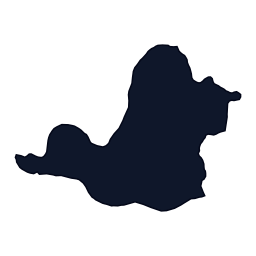 Esperantina, Tocantins, Brazil
{"feature_id": "56859067B95220244681893", "entity_name": "Esperantina", "entity_type": "district", "adm_level": 2, "iso_a3": "BRA", "parent_name": "Brazil", "parent_adm1": "Tocantins", "projection": "natural_earth1", "projection_center": [-48.538, -5.311], "detail": "fine", "context": "isolated", "style": "filled", "palette": "ink", "viewbox_px": 256, "rotation_deg": 0, "n_neighbors": 0, "source": "geoboundaries", "source_scale": "gbopen_adm2", "svg_char_len": 2328}
<svg xmlns="http://www.w3.org/2000/svg" viewBox="0 0 256 256"><path d="M204.7,195.7L203.1,192.2L200.7,186.1L201.4,183.0L201.9,180.4L203.9,179.2L205.6,176.3L205.6,173.3L205.3,171.1L204.2,169.5L203.9,166.9L203.8,164.0L202.6,160.3L201.1,157.8L199.2,156.0L198.2,153.6L199.4,150.8L199.2,148.0L199.7,146.0L200.6,143.7L202.3,141.6L203.4,139.6L205.0,137.7L205.8,135.2L207.9,134.1L210.9,134.4L213.7,134.9L216.0,134.1L218.1,132.9L220.5,131.9L222.7,131.3L225.0,130.7L227.1,117.0L227.0,114.1L227.2,110.7L227.6,103.4L229.4,100.9L231.7,100.2L234.0,100.5L236.8,99.9L239.3,99.4L240.6,97.0L240.6,94.5L238.7,93.0L236.6,91.7L234.1,92.2L232.2,93.1L229.8,92.7L228.0,91.7L225.9,90.9L224.3,89.4L222.4,88.3L220.5,87.4L218.4,85.8L216.4,84.9L214.0,83.7L212.9,81.5L212.2,78.6L210.5,77.0L208.3,77.1L206.0,78.4L204.5,79.3L203.0,81.0L200.9,82.6L199.0,83.0L196.9,82.4L195.3,81.5L193.2,80.2L191.8,77.9L191.5,75.8L191.3,73.8L190.7,71.4L189.8,68.1L188.3,65.1L187.3,62.4L187.0,59.7L185.8,57.5L184.5,55.5L182.6,54.4L180.5,52.7L179.0,51.2L177.0,46.6L173.6,46.9L169.8,46.6L168.2,45.4L162.6,45.1L157.9,45.4L155.8,46.3L154.0,47.6L151.7,48.6L149.8,50.0L148.1,51.5L146.5,53.9L144.8,55.8L142.5,58.3L140.3,60.3L138.0,63.7L136.4,65.8L134.9,67.6L133.4,71.4L132.9,75.2L132.6,77.4L132.0,83.4L129.0,91.2L128.5,94.7L129.0,100.7L128.7,107.4L124.3,117.1L123.0,120.6L119.1,128.4L114.3,133.7L110.4,139.3L109.0,142.9L107.7,144.4L105.9,145.9L102.9,147.0L97.1,145.8L91.4,143.4L90.1,141.9L87.9,137.0L86.3,134.5L84.5,133.6L80.9,130.1L78.6,128.5L74.5,126.2L72.2,125.6L68.1,124.8L61.8,124.6L56.9,126.9L54.1,128.6L52.4,130.7L49.9,134.6L48.8,137.5L48.1,140.5L46.8,151.7L45.9,153.7L44.2,156.1L42.2,157.5L40.4,157.5L37.8,157.1L35.3,156.1L31.2,154.0L29.2,154.1L27.1,156.0L24.9,157.3L21.1,155.8L16.3,154.8L15.4,157.4L16.4,159.6L16.7,162.1L19.9,167.4L22.1,169.1L27.3,172.0L30.2,173.0L33.7,173.6L37.3,171.8L39.4,174.2L46.7,173.7L53.2,174.8L55.9,175.6L61.2,175.4L71.1,178.0L76.6,178.8L79.2,179.6L83.3,183.0L85.9,186.7L88.6,192.3L92.1,197.1L94.2,198.4L95.6,199.7L102.5,203.1L104.5,203.7L106.7,204.2L111.5,205.8L113.5,205.6L117.8,205.8L121.1,205.1L123.9,205.0L135.1,201.8L143.3,204.3L151.0,207.4L161.2,210.9L166.5,210.6L174.6,208.2L180.9,204.9L184.2,202.8L188.0,200.5L190.9,198.7L194.9,198.4L197.6,197.6L199.3,197.1L201.8,196.8L204.7,195.7Z" fill="#0f172a" stroke="#020617" stroke-width="1.5"/></svg>